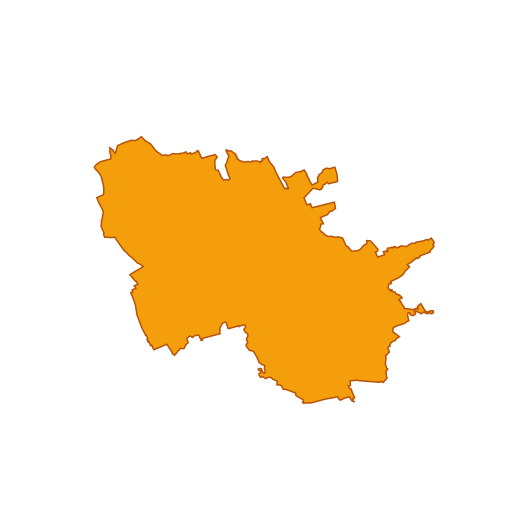 outline of Kota Malang, Jawa Timur, Indonesia, rotated 136°
{"feature_id": "22746128B9724218643478", "entity_name": "Kota Malang", "entity_type": "district", "adm_level": 2, "iso_a3": "IDN", "parent_name": "Indonesia", "parent_adm1": "Jawa Timur", "projection": "natural_earth1", "projection_center": [112.627, -7.981], "detail": "fine", "context": "isolated", "style": "filled", "palette": "amber", "viewbox_px": 512, "rotation_deg": 136, "n_neighbors": 0, "source": "geoboundaries", "source_scale": "gbopen_adm2", "svg_char_len": 6108}
<svg xmlns="http://www.w3.org/2000/svg" viewBox="0 0 512 512"><g transform="rotate(136 256 256)"><path d="M273.5,100.7L273.7,100.2L272.6,98.8L269.2,96.4L269.3,95.7L255.1,79.6L252.7,78.5L252.9,77.5L252.4,76.7L246.4,77.2L246.6,77.7L242.7,82.7L239.9,83.0L239.6,83.5L239.9,84.6L237.9,88.6L233.3,92.2L233.1,92.9L231.6,94.6L230.1,93.8L228.9,94.4L226.9,94.2L224.7,98.6L223.4,98.7L222.4,97.9L221.3,99.2L219.7,99.5L219.1,100.1L217.7,99.5L216.3,99.6L214.8,98.5L213.6,98.6L213.1,99.2L208.9,98.3L210.2,106.4L209.4,107.5L207.0,108.9L204.3,108.4L197.1,104.9L194.6,104.0L193.2,104.2L191.1,103.2L188.1,108.2L186.0,109.4L184.7,108.4L185.7,106.8L185.7,105.8L184.4,104.1L182.5,103.5L181.2,103.7L180.8,104.1L180.8,105.5L180.3,106.5L179.5,106.4L177.1,99.5L174.6,99.3L174.1,98.8L173.3,96.0L172.3,95.1L171.0,94.9L170.0,92.8L169.1,92.1L167.5,92.1L166.6,93.5L169.3,95.9L171.0,96.0L171.6,96.6L172.5,99.0L170.5,107.3L175.4,107.4L175.9,105.6L176.5,106.2L177.0,105.9L178.1,107.7L179.3,107.7L180.4,108.7L185.8,115.3L185.0,116.2L184.6,119.7L183.5,122.8L183.7,125.4L180.0,124.4L179.9,125.4L179.9,128.4L180.5,128.6L180.7,130.2L181.6,131.1L181.0,133.4L182.3,135.0L182.4,136.1L183.0,136.8L182.1,136.7L181.6,137.5L183.5,138.6L183.1,140.7L182.5,141.7L180.1,143.6L178.3,142.3L177.4,142.3L177.0,144.2L169.0,141.4L163.5,140.5L159.3,141.4L153.1,141.6L153.2,144.8L149.2,143.8L141.8,143.2L141.9,142.1L138.9,141.4L138.5,142.0L137.8,142.1L128.0,137.9L127.5,138.8L123.0,139.0L121.0,139.5L121.0,141.2L118.4,141.8L117.4,147.1L121.1,147.8L121.8,149.3L125.6,150.9L131.2,154.8L132.3,154.4L135.5,157.2L141.4,158.4L144.4,162.3L145.4,163.0L146.6,162.8L147.8,163.7L149.0,163.8L149.4,165.9L150.5,167.1L151.4,166.4L152.7,168.4L153.4,168.3L156.0,170.3L157.0,169.7L158.0,167.7L159.2,168.5L158.9,169.1L161.3,170.7L162.6,167.6L169.2,170.7L167.5,175.8L165.1,175.0L163.6,176.2L163.1,187.1L165.2,189.8L165.9,190.2L166.7,188.6L168.2,188.0L170.7,188.9L176.2,188.4L178.1,188.7L180.6,190.2L183.9,193.1L183.4,199.1L184.1,200.7L181.2,208.9L181.9,209.6L183.3,212.4L186.5,214.7L187.6,217.4L190.4,219.8L191.5,222.4L191.8,227.3L192.3,227.5L191.7,231.5L190.1,231.7L187.1,233.8L185.2,232.4L182.9,239.0L176.0,236.1L172.0,236.8L170.5,235.6L165.8,235.0L162.2,240.3L182.2,251.8L180.5,255.8L183.9,257.3L181.1,264.4L168.1,265.2L165.4,261.7L164.4,259.4L162.7,258.6L162.0,259.1L160.5,258.9L159.6,260.0L158.4,260.5L156.3,259.7L153.8,259.8L153.6,257.5L145.5,252.9L140.8,258.8L137.6,265.1L141.0,267.0L141.9,267.0L144.4,270.3L147.8,271.3L150.9,270.2L154.5,270.7L155.5,269.9L156.2,270.1L157.7,269.2L160.1,266.2L165.8,267.9L166.4,268.3L166.3,268.9L163.7,277.5L162.5,279.9L161.6,284.5L166.1,286.1L169.2,288.4L175.5,288.8L177.4,289.7L179.8,291.7L181.5,293.8L182.2,293.9L182.9,293.3L183.0,289.0L185.5,282.4L186.0,282.1L186.5,282.9L187.4,283.0L187.3,284.0L188.6,284.5L183.6,302.3L181.4,307.5L180.9,314.0L178.9,319.8L182.0,320.0L183.6,321.6L184.4,321.6L185.1,320.0L186.0,320.1L186.8,320.9L187.7,320.2L188.5,322.4L190.0,324.6L191.2,325.0L192.5,326.9L194.5,327.0L196.1,329.6L199.2,331.6L201.2,335.3L201.7,336.6L201.4,338.0L202.1,338.5L201.9,339.5L200.8,340.5L200.6,341.3L201.0,342.5L199.9,343.1L200.8,348.6L201.5,349.8L203.0,350.2L203.2,352.5L203.8,353.0L204.5,352.5L204.5,351.2L205.1,350.6L206.2,346.6L209.6,345.2L211.9,343.6L215.1,342.6L219.9,332.8L220.9,329.5L223.0,329.5L224.0,331.5L226.4,332.9L226.3,336.3L223.6,343.9L224.9,345.4L225.1,346.7L219.5,353.2L215.3,354.1L214.9,356.4L215.3,358.4L215.1,357.2L221.1,360.9L227.2,363.9L224.4,372.0L225.4,372.5L225.6,371.9L231.7,374.1L231.3,375.8L234.4,377.0L234.0,379.5L237.5,380.9L239.2,382.5L240.2,382.8L243.6,385.9L244.6,387.5L249.5,389.1L250.5,391.3L253.8,393.6L253.9,396.4L254.6,398.5L254.9,401.9L254.0,409.8L255.6,415.9L255.5,421.4L260.2,422.1L262.8,423.0L265.0,425.6L270.4,428.4L278.8,431.6L285.8,427.6L285.8,430.0L285.3,431.6L286.0,435.3L286.9,434.0L288.7,432.7L290.6,429.3L293.1,426.7L301.0,431.2L303.3,432.2L307.9,432.7L310.5,432.3L311.0,431.1L311.2,424.9L311.8,421.8L312.4,420.2L317.6,411.4L321.5,407.3L323.7,406.2L330.0,408.6L332.1,403.5L334.0,396.6L335.4,393.5L344.0,387.6L344.7,386.4L346.2,385.7L347.6,383.1L349.1,378.4L350.1,378.1L351.9,374.8L346.4,368.9L344.4,367.7L345.3,364.1L347.1,351.3L346.7,351.2L346.9,344.3L346.3,341.1L346.1,333.0L345.3,331.4L344.4,326.7L359.7,330.2L360.3,321.7L359.8,321.3L360.5,317.7L364.2,319.2L364.8,316.3L368.8,317.6L369.7,315.7L371.5,316.6L374.8,308.5L377.0,304.2L382.5,296.3L387.8,284.2L390.5,275.4L390.0,275.2L390.9,272.1L392.3,271.9L392.4,270.2L393.3,269.9L393.2,268.9L392.6,268.8L394.0,264.9L393.0,264.5L394.6,259.5L381.4,254.4L383.2,245.5L384.0,243.6L383.5,241.1L377.7,241.9L376.5,241.6L375.0,242.2L374.4,242.0L372.8,239.9L371.5,239.5L368.3,240.9L365.2,240.8L364.6,241.3L363.5,244.2L362.8,244.9L358.8,244.3L358.4,242.0L358.0,241.3L356.6,241.6L355.5,241.2L352.1,239.0L354.1,233.3L353.0,232.6L352.4,234.0L349.8,232.9L335.8,225.0L334.5,227.1L333.7,227.3L332.2,229.3L326.8,230.9L325.4,230.6L324.4,230.2L323.8,228.8L326.4,223.4L325.7,222.5L316.6,217.6L317.1,216.9L314.6,216.1L311.8,214.3L313.2,211.8L315.1,211.8L316.0,211.3L316.7,208.1L316.1,206.5L316.2,205.4L317.6,204.0L321.0,202.6L321.5,200.6L322.2,199.6L325.1,198.8L325.8,197.2L326.3,192.7L324.4,190.0L324.3,187.6L326.1,181.1L327.7,177.3L327.1,173.3L325.9,171.7L326.0,170.9L328.0,169.3L329.6,166.6L331.1,165.8L331.7,166.7L331.8,167.9L330.5,171.1L330.9,172.1L331.8,172.8L333.0,173.1L333.4,172.1L332.6,170.7L333.0,169.2L334.2,168.9L335.5,169.4L336.4,168.4L337.0,165.9L336.9,165.5L335.7,165.0L334.7,163.7L334.4,161.2L332.3,160.6L330.0,159.0L329.6,158.2L329.6,155.8L327.6,151.4L327.7,150.9L329.9,149.5L330.4,148.8L330.0,148.0L328.6,147.0L327.8,145.0L329.0,141.2L327.2,139.3L322.7,130.0L322.9,129.4L323.9,128.6L324.1,127.4L322.0,120.0L322.4,118.7L323.7,118.7L324.2,118.3L324.1,116.9L322.1,115.6L321.8,115.0L320.5,114.4L320.1,113.4L317.4,111.5L305.8,105.1L298.9,100.4L295.2,98.4L295.9,94.4L294.4,93.2L291.1,92.4L286.7,89.8L287.6,85.4L286.9,83.1L286.6,83.0L286.8,85.3L285.9,85.1L285.5,85.8L284.7,85.5L284.3,86.1L283.5,85.7L280.0,94.5L280.7,96.5L279.9,98.2L277.9,97.3L275.2,100.7L273.8,100.0L273.5,100.7Z" fill="#f59e0b" stroke="#b45309" stroke-width="1.5"/></g></svg>